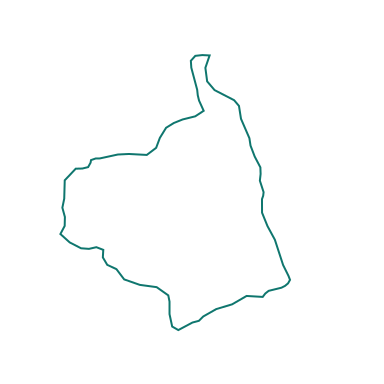 the Province of Isparta, rotated 111°
{"feature_id": "TUR-2275", "entity_name": "Isparta", "entity_type": "Province", "adm_level": 1, "iso_a3": "TUR", "parent_name": "Turkey", "parent_adm1": "", "projection": "orthographic", "projection_center": [30.888, 37.933], "detail": "fine", "context": "isolated", "style": "outline", "palette": "teal", "viewbox_px": 384, "rotation_deg": 111, "n_neighbors": 0, "source": "natural_earth", "source_scale": "10m", "svg_char_len": 1115}
<svg xmlns="http://www.w3.org/2000/svg" viewBox="0 0 384 384"><g transform="rotate(111 192 192)"><path d="M264.6,88.4L269.5,103.8L282.5,114.3L292.6,127.4L304.2,136.9L309.8,139.4L313.7,144.8L325.8,155.3L324.7,162.3L314.1,169.2L302.4,173.7L297.0,177.1L293.5,190.9L297.4,207.4L297.9,224.0L291.1,234.9L290.4,245.0L285.0,251.8L277.8,254.1L277.8,261.5L282.0,267.8L284.3,275.4L282.9,288.1L278.4,299.8L269.3,298.7L260.9,301.7L253.1,307.4L244.0,308.9L226.7,315.0L211.9,308.9L209.4,302.8L206.0,297.9L201.0,297.2L198.4,297.7L195.2,293.9L193.7,290.1L183.6,274.7L179.1,264.5L173.6,247.5L163.6,241.3L153.0,241.4L141.3,239.2L134.1,233.7L127.6,226.7L120.2,216.1L112.0,210.2L104.1,218.2L99.6,221.3L94.7,223.8L76.2,237.2L69.9,240.1L63.7,237.7L60.5,231.5L58.2,224.5L71.3,224.0L83.3,217.5L88.8,207.4L91.2,185.6L94.8,179.0L106.1,172.5L121.2,157.7L127.7,154.0L136.4,146.2L144.5,137.0L150.6,134.4L157.1,132.7L166.5,125.1L170.0,124.2L173.6,124.1L186.2,119.2L196.8,109.3L206.9,97.5L227.5,80.8L235.7,71.9L238.9,69.0L242.9,69.6L246.3,71.5L249.3,74.2L256.8,85.0L260.5,87.2L264.6,88.4Z" fill="none" stroke="#0f766e" stroke-width="2"/></g></svg>